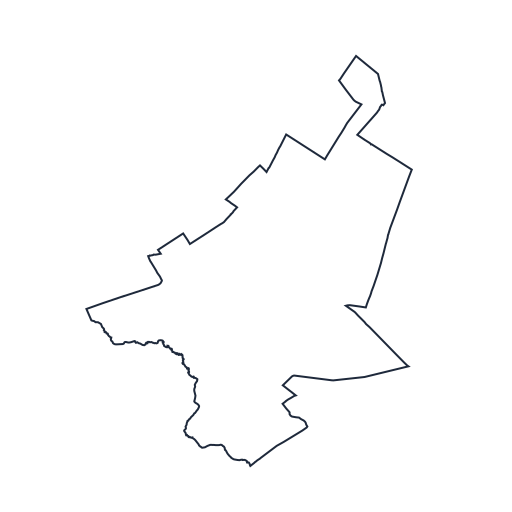 outline of Poeni, Teleorman, Romania, rotated 6°
{"feature_id": "2599482B3126151009527", "entity_name": "Poeni", "entity_type": "district", "adm_level": 2, "iso_a3": "ROU", "parent_name": "Romania", "parent_adm1": "Teleorman", "projection": "albers", "projection_center": [25.327, 44.433], "detail": "fine", "context": "isolated", "style": "outline", "palette": "slate", "viewbox_px": 512, "rotation_deg": 6, "n_neighbors": 0, "source": "geoboundaries", "source_scale": "gbopen_adm2", "svg_char_len": 6073}
<svg xmlns="http://www.w3.org/2000/svg" viewBox="0 0 512 512"><g transform="rotate(6 256 256)"><path d="M419.1,349.8L417.7,349.0L414.4,346.4L405.9,339.4L376.4,314.9L372.6,312.2L370.8,310.3L363.6,304.5L360.7,301.9L359.9,301.3L350.6,296.1L352.2,295.5L354.5,295.1L364.4,295.4L370.6,295.7L371.3,292.3L372.2,288.7L373.0,285.9L373.6,284.1L374.3,281.1L374.6,279.1L376.1,273.5L377.2,268.6L378.7,262.1L381.0,250.0L381.7,244.8L382.5,240.1L383.9,230.0L384.0,229.8L384.7,225.5L384.9,224.5L385.1,221.2L385.4,220.5L385.4,220.2L386.6,213.9L391.4,195.3L393.3,187.4L399.9,161.2L401.9,153.8L381.4,143.6L375.4,140.8L359.3,132.8L358.6,133.0L358.3,132.5L357.6,131.9L351.9,129.1L344.1,124.9L361.5,100.5L361.6,100.2L362.0,99.4L363.2,97.5L363.8,94.9L364.7,93.5L365.2,92.4L366.3,92.4L366.9,92.7L368.3,90.4L365.4,82.7L364.5,79.8L364.0,79.2L363.1,75.3L362.7,74.3L362.5,73.4L361.2,69.8L360.7,68.9L358.3,62.2L334.6,46.6L332.5,50.4L329.6,55.7L324.4,65.2L321.3,71.2L320.2,72.7L327.9,81.2L336.5,90.3L337.6,91.2L339.1,92.1L345.0,94.2L332.8,114.1L331.6,116.7L330.7,118.9L327.9,124.8L325.9,128.6L316.2,148.7L314.4,152.7L273.3,132.0L268.5,144.7L268.0,145.5L266.9,148.3L266.1,150.9L264.9,153.7L264.3,155.8L262.8,159.3L259.9,166.8L259.4,167.1L257.7,171.4L254.3,168.5L250.5,165.5L248.8,167.4L244.9,172.3L241.1,176.4L233.7,185.7L227.3,194.5L220.1,202.9L224.0,204.9L225.6,206.0L229.8,208.2L232.1,209.6L229.0,213.7L228.6,214.7L227.8,215.9L226.6,217.1L226.7,217.3L222.7,222.5L220.6,225.6L219.1,226.9L217.5,228.0L213.5,231.2L202.6,240.1L189.0,251.0L186.2,247.2L181.2,241.2L157.9,260.1L161.0,263.7L156.0,265.2L154.0,265.3L153.7,265.7L152.5,266.2L151.8,266.3L151.0,266.7L150.3,266.6L150.1,266.9L148.8,267.4L149.9,269.6L151.6,272.5L151.9,272.7L158.1,280.8L159.6,283.1L162.3,286.1L163.1,287.2L163.9,288.6L164.6,289.5L165.0,290.4L164.2,292.5L163.7,293.3L162.2,294.7L161.7,295.0L128.2,310.0L128.2,309.9L108.4,319.0L92.9,326.4L99.0,337.2L99.6,337.4L101.9,337.7L103.3,338.6L105.8,338.4L108.9,339.8L110.5,342.8L112.1,344.0L112.6,344.7L112.6,345.1L112.4,345.6L113.2,346.4L113.3,347.4L113.8,347.6L114.3,347.2L114.6,347.3L115.3,348.1L115.5,348.7L115.8,348.8L116.4,348.6L116.7,348.7L117.2,350.1L118.2,351.1L119.1,351.5L119.6,352.1L120.6,352.2L120.5,353.3L120.3,353.9L120.6,354.9L121.1,355.5L122.1,356.1L122.9,357.6L123.7,358.1L124.9,358.5L126.2,358.5L132.7,357.5L133.6,357.0L134.3,355.5L134.6,355.3L135.6,355.1L137.9,355.4L139.0,355.3L140.7,354.8L144.0,353.3L144.8,353.5L144.9,354.2L145.7,354.9L147.0,354.2L148.5,355.0L150.1,355.2L152.4,356.3L154.2,356.4L155.5,355.4L155.5,355.2L155.4,354.9L155.4,354.6L155.9,353.7L156.3,353.5L156.6,353.5L156.8,354.0L157.2,354.1L157.3,353.8L157.2,353.2L157.3,352.9L157.5,352.7L159.0,352.6L159.5,352.9L161.1,352.5L162.5,353.1L163.3,353.1L164.0,353.4L165.0,353.1L166.1,353.3L166.8,353.0L167.3,352.6L167.5,351.2L167.6,350.9L168.1,350.2L169.4,349.8L170.3,349.7L171.6,349.8L172.1,350.0L172.2,351.2L172.9,350.9L173.1,351.0L173.2,351.3L173.1,351.8L172.8,352.7L173.0,353.2L173.7,354.0L174.0,355.0L175.8,355.9L177.1,356.1L177.4,355.8L177.3,354.5L178.1,354.5L178.4,354.7L178.4,355.3L178.5,355.7L179.4,356.1L179.7,356.5L180.1,356.7L180.4,357.2L181.0,357.3L181.5,357.7L181.9,357.2L182.1,357.4L182.2,358.1L182.0,358.8L182.8,359.4L182.9,359.5L183.0,360.2L183.4,360.2L184.0,360.1L184.5,360.5L185.2,360.5L186.0,361.4L187.3,362.0L187.7,361.8L187.5,360.9L188.0,360.9L188.5,361.1L189.1,362.3L189.5,362.5L190.1,362.3L190.2,361.6L190.3,361.4L191.8,362.2L192.1,362.0L192.2,361.5L192.9,361.9L193.3,362.4L193.2,362.9L193.5,363.6L193.6,364.9L194.1,365.3L194.1,365.8L194.7,365.9L194.9,366.2L194.8,366.6L194.3,367.3L194.2,367.8L194.3,368.0L194.7,368.7L194.9,369.6L194.1,369.9L194.0,370.1L194.1,370.4L194.6,371.0L195.9,371.4L196.8,372.5L197.3,373.3L198.8,374.1L199.0,374.3L199.0,374.9L199.1,375.2L199.5,375.3L200.6,374.6L200.9,374.8L201.1,375.9L200.8,376.7L201.4,377.7L201.6,378.4L201.5,378.7L200.8,378.7L200.7,378.8L200.7,379.1L201.8,380.5L202.2,381.2L203.2,381.7L204.3,382.6L205.2,382.9L205.6,382.9L206.4,382.4L206.6,382.4L206.7,382.5L206.6,383.4L206.9,383.7L207.8,383.6L208.8,383.7L210.5,384.6L210.6,385.2L210.4,386.7L209.4,388.4L208.6,390.4L208.7,391.0L209.1,392.0L209.1,392.5L208.5,394.8L208.7,396.6L210.4,401.2L210.3,403.5L210.0,405.7L209.8,406.9L209.9,407.2L210.5,407.9L211.9,408.7L212.9,409.1L214.0,409.8L214.8,410.7L215.1,411.2L215.1,412.0L214.4,414.1L213.9,415.1L213.3,415.8L212.0,418.2L211.7,418.6L211.1,418.9L210.2,420.8L208.2,423.1L207.8,423.8L207.6,424.5L206.4,425.5L206.2,425.9L206.0,426.7L205.7,427.0L205.2,427.1L205.0,427.4L205.0,428.2L204.6,429.5L204.6,431.1L203.8,433.0L204.3,434.4L204.3,434.9L204.0,435.5L202.9,436.8L202.8,437.3L203.1,437.9L204.4,439.2L204.8,440.3L204.8,440.5L205.2,441.1L205.3,441.6L205.5,441.6L205.7,441.1L206.0,441.1L206.5,441.9L207.4,442.1L207.9,443.1L208.2,443.2L208.9,443.2L208.7,442.9L208.9,442.8L210.6,443.5L210.8,443.3L211.2,443.3L211.7,443.1L211.8,443.5L212.4,443.9L213.6,444.5L214.8,445.4L218.7,449.4L219.2,450.4L220.3,451.1L220.6,451.4L221.1,451.5L222.1,452.2L222.5,452.3L225.2,451.6L227.5,450.0L230.2,448.6L234.2,448.3L236.0,448.3L239.2,447.9L240.5,447.4L241.1,447.4L241.4,447.6L242.1,447.7L243.0,448.5L243.7,448.7L244.1,449.0L245.0,450.3L245.1,451.2L245.6,451.8L245.6,452.2L246.2,452.5L246.9,453.3L247.6,454.5L248.6,455.8L250.8,457.9L251.7,458.4L252.1,458.9L252.8,459.5L253.9,459.9L254.7,460.4L255.9,460.6L258.9,460.8L260.9,460.8L261.8,460.4L263.3,460.0L263.7,460.0L264.0,460.3L265.5,460.0L266.3,460.0L267.6,460.5L268.6,461.2L268.7,461.5L268.6,462.1L268.8,462.4L269.8,462.1L270.4,462.1L271.3,463.2L271.9,464.8L272.3,465.4L276.0,461.8L276.4,461.2L277.2,460.6L278.2,459.5L279.8,458.1L280.8,457.4L281.7,456.4L296.5,442.6L303.0,438.0L320.4,424.7L324.3,421.3L324.9,420.2L323.6,418.5L322.8,416.6L322.1,415.7L320.6,414.6L317.8,413.5L315.7,412.2L312.7,412.2L308.5,411.9L307.0,411.1L305.9,409.7L305.8,408.3L305.6,407.8L302.0,404.5L297.9,400.2L300.7,397.5L300.7,397.3L303.0,395.3L305.3,393.7L308.7,391.1L310.1,390.5L296.2,381.8L304.1,372.3L304.7,371.7L305.8,371.1L306.5,370.9L344.7,371.7L346.0,371.6L376.6,365.0L419.1,349.8Z" fill="none" stroke="#1e293b" stroke-width="2"/></g></svg>